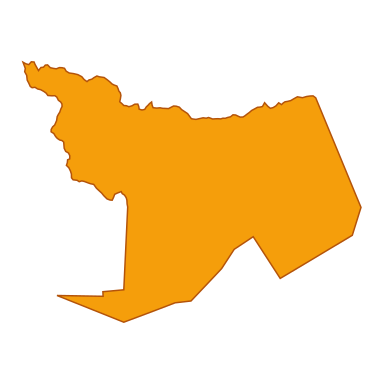 Santa Cruz dos Milagres, Piauí, Brazil
{"feature_id": "56859067B5248351450289", "entity_name": "Santa Cruz dos Milagres", "entity_type": "district", "adm_level": 2, "iso_a3": "BRA", "parent_name": "Brazil", "parent_adm1": "Piauí", "projection": "albers", "projection_center": [-41.95, -5.915], "detail": "fine", "context": "isolated", "style": "filled", "palette": "amber", "viewbox_px": 384, "rotation_deg": 0, "n_neighbors": 0, "source": "geoboundaries", "source_scale": "gbopen_adm2", "svg_char_len": 2547}
<svg xmlns="http://www.w3.org/2000/svg" viewBox="0 0 384 384"><path d="M352.3,235.3L354.1,229.5L359.2,213.1L361.0,207.4L355.7,194.7L348.0,176.0L315.7,97.8L313.1,95.9L310.1,96.0L306.6,96.5L302.5,97.7L297.4,96.8L294.3,98.5L290.7,100.6L287.5,101.4L285.0,101.8L283.2,103.0L281.5,104.6L278.7,102.8L275.9,105.9L273.1,107.6L270.4,108.3L267.9,106.4L264.6,102.7L262.5,106.5L260.1,107.1L257.5,107.3L254.2,109.1L251.6,110.5L249.3,112.5L246.7,114.4L244.8,115.9L243.0,117.0L240.2,117.1L237.7,116.0L235.7,115.0L233.0,114.8L230.5,116.8L227.5,117.5L225.3,118.3L222.9,118.2L220.7,118.9L217.9,118.7L215.3,118.8L212.6,119.0L210.6,118.2L208.5,117.5L206.3,118.2L203.1,117.8L199.1,118.7L196.0,119.4L193.6,119.1L191.4,118.7L189.5,116.2L187.6,113.6L184.6,111.6L181.6,109.6L179.4,107.2L176.3,106.2L173.6,106.0L171.6,107.0L168.5,108.6L165.2,108.4L162.5,108.3L160.1,107.8L156.7,108.1L153.1,107.7L152.1,105.1L151.6,102.0L149.5,103.6L148.0,105.3L146.3,106.9L144.7,109.4L142.0,110.0L139.2,109.2L138.7,106.3L137.8,104.1L134.7,104.2L132.0,105.8L128.9,106.7L126.3,105.7L123.8,105.5L122.1,103.8L119.7,101.7L120.4,98.8L120.9,95.4L120.3,92.8L118.9,91.1L118.1,88.7L116.9,86.0L114.3,85.1L112.1,84.0L109.9,81.9L106.9,79.5L104.1,77.5L99.3,76.8L96.9,76.0L94.0,77.6L91.8,79.2L88.9,80.0L87.0,81.6L84.2,79.6L81.8,76.7L77.8,74.6L73.5,73.6L69.2,73.0L66.2,71.2L64.5,68.3L62.0,67.7L59.4,67.6L56.3,68.8L53.5,68.4L50.3,67.7L47.6,64.9L45.3,65.1L43.5,67.2L40.9,67.5L38.5,70.6L36.1,66.3L34.9,64.1L34.1,62.0L31.3,61.8L28.8,64.6L25.9,63.8L23.0,62.2L25.3,68.4L24.7,71.7L26.7,75.4L27.2,80.1L28.8,83.2L30.3,86.5L32.1,87.7L35.0,87.3L37.7,89.0L40.7,89.7L43.9,91.5L46.1,93.1L47.9,95.5L51.8,95.8L54.9,95.7L56.8,97.1L58.4,100.3L60.7,102.0L61.9,103.9L62.1,106.4L60.8,109.1L59.8,112.1L58.4,114.3L57.2,116.6L56.6,120.6L54.7,125.0L52.6,126.9L51.2,129.4L51.1,131.8L53.8,133.5L55.6,136.5L57.3,138.4L59.7,140.0L62.1,140.6L63.7,142.1L63.9,144.7L64.2,148.3L65.7,151.4L68.5,153.0L69.8,155.8L69.7,158.9L67.6,159.8L67.3,162.8L66.4,165.4L68.8,167.7L70.4,170.9L71.4,174.0L71.5,177.8L73.1,179.8L77.1,180.3L79.2,181.7L81.8,180.9L84.4,181.5L87.6,182.7L90.4,183.7L93.7,184.4L96.5,188.3L99.3,190.9L101.7,193.1L103.8,195.7L107.0,198.9L109.9,200.0L112.2,200.2L113.5,197.5L114.7,194.3L117.5,193.0L121.2,191.6L122.2,193.6L124.5,195.1L126.2,197.7L126.9,200.2L127.1,204.0L127.7,207.0L123.8,289.8L102.9,291.7L103.1,296.3L57.0,295.5L123.8,322.2L127.5,320.8L155.5,310.3L175.1,302.8L191.0,301.0L214.7,276.0L221.7,268.5L234.2,249.3L253.2,236.7L280.2,278.4L285.3,275.4L352.3,235.3Z" fill="#f59e0b" stroke="#b45309" stroke-width="1.5"/></svg>